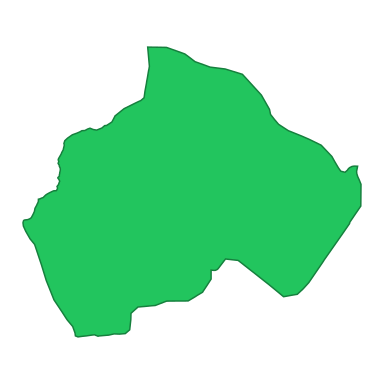 the district of Bilad Atta'am, Raymah, Yemen
{"feature_id": "15242507B17948555439182", "entity_name": "Bilad Atta'am", "entity_type": "district", "adm_level": 2, "iso_a3": "YEM", "parent_name": "Yemen", "parent_adm1": "Raymah", "projection": "mercator", "projection_center": [43.572, 14.838], "detail": "fine", "context": "isolated", "style": "filled", "palette": "green", "viewbox_px": 384, "rotation_deg": 0, "n_neighbors": 0, "source": "geoboundaries", "source_scale": "gbopen_adm2", "svg_char_len": 2969}
<svg xmlns="http://www.w3.org/2000/svg" viewBox="0 0 384 384"><path d="M147.7,47.1L149.4,66.3L148.9,69.3L148.6,70.5L147.3,78.3L146.6,82.0L146.5,83.0L145.3,89.5L145.0,91.1L144.1,97.7L143.2,98.5L140.9,100.5L138.0,101.8L134.7,103.4L124.2,108.6L123.8,108.9L120.9,111.2L119.8,112.1L118.2,113.4L115.6,115.5L115.2,115.7L113.9,118.2L113.5,119.0L111.9,122.0L110.7,122.8L106.5,125.5L106.0,125.5L104.7,125.6L101.9,128.0L96.6,130.1L93.2,129.5L90.0,128.2L87.7,129.0L84.9,130.5L81.9,130.7L79.8,131.9L77.0,133.1L72.3,134.8L67.6,138.1L64.8,140.7L63.9,143.5L64.2,144.6L64.2,145.7L63.6,147.9L63.2,149.9L62.4,151.3L62.3,151.5L61.7,152.6L61.2,154.0L60.5,155.2L58.5,158.7L58.2,159.8L58.5,160.8L58.8,161.6L58.1,163.3L58.6,164.3L59.0,164.7L59.2,165.2L59.4,166.5L60.1,167.9L60.3,168.9L60.3,169.9L60.1,171.2L59.7,172.8L59.7,173.5L59.3,175.1L59.4,176.1L58.6,176.9L57.9,177.5L58.0,178.4L58.7,179.1L59.3,180.3L59.6,180.9L59.7,181.2L59.3,182.2L58.4,184.7L58.0,185.2L57.4,185.9L57.0,186.6L57.4,187.4L57.5,188.1L57.2,189.3L56.6,190.2L56.2,190.7L53.7,190.8L52.5,191.3L51.3,191.9L50.0,192.5L48.5,193.3L46.9,194.2L45.6,195.1L43.1,197.6L41.5,198.1L40.6,198.5L39.7,198.9L38.4,199.2L38.4,200.4L38.3,201.6L37.8,202.9L37.4,203.6L36.6,205.4L35.0,208.3L34.4,211.5L33.1,214.3L31.3,217.7L29.6,218.9L28.5,219.3L27.8,219.6L25.4,219.9L24.2,220.1L23.5,220.8L23.4,221.1L23.0,222.8L23.4,226.1L25.7,231.2L30.1,238.9L34.6,244.4L35.5,247.0L41.6,265.3L46.3,280.6L49.4,288.3L54.0,299.9L58.7,306.9L61.0,310.4L61.7,311.4L66.0,318.1L67.3,320.0L72.7,326.5L75.0,332.9L75.4,335.9L78.0,336.9L82.4,336.3L86.3,335.9L91.8,335.1L94.5,334.8L94.8,334.9L95.9,335.4L96.3,335.5L98.0,336.2L99.4,335.9L108.8,335.1L114.1,333.9L119.4,334.1L125.3,333.6L129.7,329.8L130.8,319.8L131.0,313.3L132.0,312.4L138.0,307.0L145.2,306.4L151.2,305.8L155.2,305.5L164.0,302.1L166.7,301.1L176.8,301.0L178.1,301.0L183.8,301.0L185.0,301.0L186.8,300.9L188.2,300.9L195.9,296.3L196.1,296.1L197.2,295.4L202.6,292.2L202.9,291.6L206.5,286.2L211.1,279.1L211.1,270.1L211.9,270.2L214.0,270.4L215.5,270.3L217.4,269.4L218.1,268.7L225.5,259.0L238.1,260.4L238.4,260.6L259.8,277.4L267.9,283.8L268.2,284.0L271.0,286.3L277.8,291.9L283.2,296.4L283.6,296.7L287.0,296.1L291.9,295.2L297.3,294.3L297.5,294.1L303.1,288.9L308.8,282.6L323.5,261.1L324.0,260.2L342.5,233.8L349.6,223.5L349.6,222.6L350.1,221.9L350.3,221.5L355.1,214.4L360.8,206.1L361.0,184.3L359.1,179.6L357.8,176.8L356.8,173.7L356.6,171.3L357.2,168.4L357.6,166.2L356.8,166.2L354.9,166.1L353.4,166.2L351.9,166.5L349.7,167.6L348.5,168.6L347.3,170.3L345.9,171.5L345.0,172.3L343.6,171.9L340.8,171.2L338.5,168.0L334.6,161.4L331.9,156.5L321.2,145.2L308.9,139.2L301.3,135.9L299.3,135.1L288.9,130.9L288.2,130.6L278.7,124.4L278.3,124.0L274.5,119.5L270.6,114.5L270.5,114.2L269.5,109.4L261.4,95.1L242.4,74.3L225.2,69.0L210.0,67.1L205.2,65.3L196.5,62.2L196.0,62.0L195.2,61.8L191.3,58.8L184.9,54.0L182.2,53.0L166.5,47.4L155.0,47.2L154.4,47.2L153.1,47.2L152.8,47.2L147.7,47.1Z" fill="#22c55e" stroke="#15803d" stroke-width="1.5"/></svg>